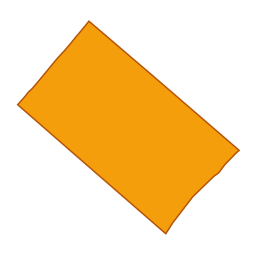 Okaloosa, Florida, United States of America, rotated 310°
{"feature_id": "52423323B76793643920341", "entity_name": "Okaloosa", "entity_type": "district", "adm_level": 2, "iso_a3": "USA", "parent_name": "United States of America", "parent_adm1": "Florida", "projection": "mercator", "projection_center": [-86.589, 30.688], "detail": "fine", "context": "isolated", "style": "filled", "palette": "amber", "viewbox_px": 256, "rotation_deg": 310, "n_neighbors": 0, "source": "geoboundaries", "source_scale": "gbopen_adm2", "svg_char_len": 512}
<svg xmlns="http://www.w3.org/2000/svg" viewBox="0 0 256 256"><g transform="rotate(310 128 128)"><path d="M74.9,28.5L73.0,129.0L71.3,224.9L80.5,223.7L84.5,223.2L117.1,221.8L145.9,224.8L152.2,226.3L162.0,225.7L178.2,226.9L182.3,227.5L183.9,114.7L184.7,29.4L183.8,29.4L180.2,29.5L166.4,29.6L165.4,29.5L153.9,29.7L150.3,29.6L148.4,29.7L136.3,29.1L135.2,29.1L108.3,29.3L104.5,29.3L101.8,29.3L96.8,29.3L91.5,28.6L91.0,28.6L90.7,28.6L86.1,28.8L74.9,28.5Z" fill="#f59e0b" stroke="#b45309" stroke-width="1.5"/></g></svg>